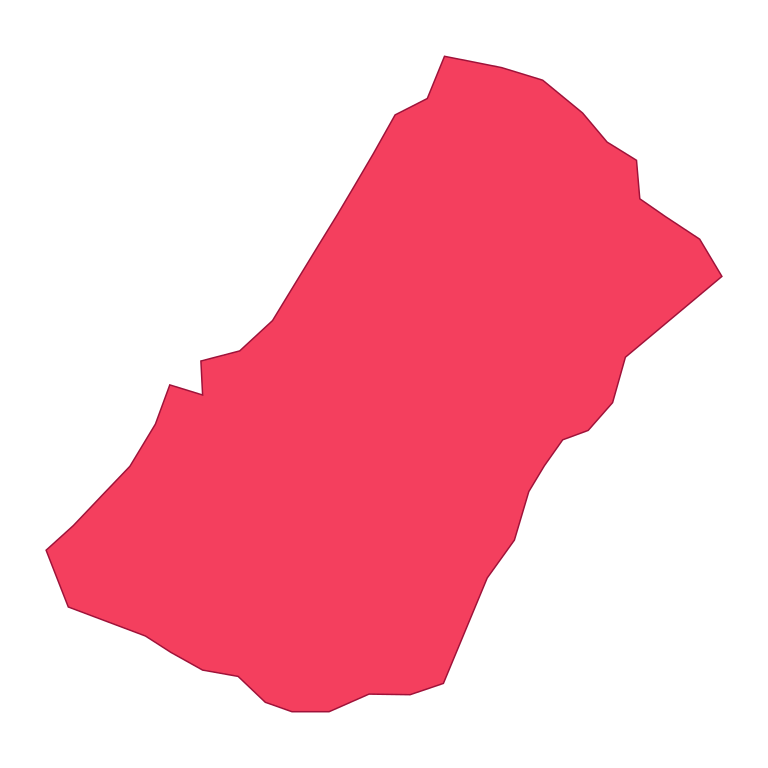 Santa Luzia do Norte, Alagoas, Brazil (Robinson projection)
{"feature_id": "56859067B36657836872761", "entity_name": "Santa Luzia do Norte", "entity_type": "district", "adm_level": 2, "iso_a3": "BRA", "parent_name": "Brazil", "parent_adm1": "Alagoas", "projection": "robinson", "projection_center": [-35.83, -9.61], "detail": "fine", "context": "isolated", "style": "filled", "palette": "rose", "viewbox_px": 768, "rotation_deg": 0, "n_neighbors": 0, "source": "geoboundaries", "source_scale": "gbopen_adm2", "svg_char_len": 689}
<svg xmlns="http://www.w3.org/2000/svg" viewBox="0 0 768 768"><path d="M721.9,276.4L699.7,239.2L665.3,216.5L639.8,198.8L636.5,160.3L607.1,142.1L582.6,113.0L542.7,80.2L501.6,67.6L444.5,56.3L427.3,98.5L395.1,114.9L373.5,153.4L354.6,185.6L337.4,214.6L319.1,244.3L295.2,283.4L272.5,320.6L239.7,350.9L200.9,361.0L202.6,395.0L169.8,384.9L155.4,424.1L129.9,466.3L102.7,494.7L73.3,525.6L46.1,550.2L68.3,607.0L145.4,636.0L170.9,652.4L202.6,670.1L238.1,676.4L265.3,702.3L291.9,711.7L329.1,711.7L369.0,694.1L410.1,694.7L443.4,683.4L487.2,578.0L514.4,540.1L528.8,491.6L544.4,465.7L562.7,439.8L588.2,430.4L612.6,402.6L625.4,357.2L721.9,276.4Z" fill="#f43f5e" stroke="#9f1239" stroke-width="1.5"/></svg>